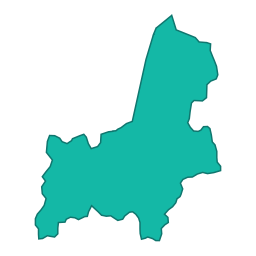 the district of Jönköping, Jönköping, Sweden
{"feature_id": "70781695B94890902843100", "entity_name": "Jönköping", "entity_type": "district", "adm_level": 2, "iso_a3": "SWE", "parent_name": "Sweden", "parent_adm1": "Jönköping", "projection": "mercator", "projection_center": [14.228, 57.89], "detail": "fine", "context": "isolated", "style": "filled", "palette": "teal", "viewbox_px": 256, "rotation_deg": 0, "n_neighbors": 0, "source": "geoboundaries", "source_scale": "gbopen_adm2", "svg_char_len": 1857}
<svg xmlns="http://www.w3.org/2000/svg" viewBox="0 0 256 256"><path d="M65.0,222.1L66.3,219.2L70.4,217.2L75.0,217.8L78.5,219.6L84.7,216.6L87.3,216.4L88.6,211.6L91.6,205.7L94.6,208.5L98.2,211.8L101.5,215.2L106.3,216.2L110.8,215.8L115.0,218.6L117.8,220.4L122.7,219.2L124.7,216.0L129.5,212.2L132.6,211.8L135.8,214.2L138.6,218.0L140.0,222.5L140.0,229.1L140.2,233.6L141.5,239.2L145.3,238.2L147.7,237.0L152.6,238.6L155.8,240.6L158.3,240.6L159.4,240.6L161.7,233.8L161.3,228.5L164.7,224.9L168.3,222.5L167.9,217.4L164.5,214.2L168.5,209.7L172.6,206.7L175.8,202.7L177.0,198.8L180.0,196.6L181.0,194.4L182.7,188.9L180.4,183.1L182.9,179.4L187.7,177.2L192.4,177.0L197.4,174.0L202.7,172.4L207.5,173.6L213.8,172.6L220.6,170.6L220.6,166.9L220.6,166.3L217.2,162.1L216.8,157.6L216.8,151.4L215.0,144.9L212.3,141.9L211.3,134.8L209.9,128.6L207.5,126.5L203.5,126.7L200.8,130.2L198.2,131.4L193.6,131.0L190.3,127.3L187.7,122.7L189.3,118.7L190.1,111.6L191.5,102.9L194.0,100.5L198.8,100.7L202.4,100.9L206.5,97.7L206.7,91.6L206.9,84.7L210.7,81.1L216.2,78.9L217.8,74.8L216.5,66.3L214.3,60.6L212.7,56.8L210.2,50.5L210.6,43.9L206.7,42.6L199.1,42.0L195.3,37.6L190.7,35.7L176.2,29.9L171.7,15.4L171.6,15.5L156.5,27.8L156.2,27.9L153.4,34.7L153.5,34.7L153.4,34.8L146.0,59.5L132.3,121.4L126.4,123.6L121.0,127.7L117.8,129.2L115.9,130.8L112.9,131.0L112.9,131.3L108.5,131.8L101.1,134.3L100.6,142.6L97.6,146.6L91.2,148.6L88.3,143.6L86.3,137.2L83.8,134.3L79.9,135.7L72.5,138.7L71.5,140.7L67.1,143.6L62.1,141.7L59.7,138.2L54.7,135.7L49.6,135.5L47.4,141.4L46.4,152.4L52.4,160.0L50.2,166.6L45.8,172.0L42.3,176.7L45.5,181.1L41.7,186.8L42.3,193.7L44.1,196.0L46.1,198.5L44.2,205.4L41.1,209.8L37.3,214.2L35.4,218.7L35.4,225.0L38.5,228.8L38.5,234.1L38.8,238.9L42.6,238.5L47.4,235.7L50.2,236.3L54.6,237.0L57.8,233.8L57.8,228.1L58.4,222.5L65.0,222.1Z" fill="#14b8a6" stroke="#0f766e" stroke-width="1.5"/></svg>